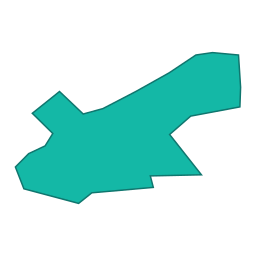 the district of Namangan city, Namangan, Uzbekistan
{"feature_id": "79887680B13123627114568", "entity_name": "Namangan city", "entity_type": "district", "adm_level": 2, "iso_a3": "UZB", "parent_name": "Uzbekistan", "parent_adm1": "Namangan", "projection": "robinson", "projection_center": [71.661, 41.009], "detail": "fine", "context": "isolated", "style": "filled", "palette": "teal", "viewbox_px": 256, "rotation_deg": 0, "n_neighbors": 0, "source": "geoboundaries", "source_scale": "gbopen_adm2", "svg_char_len": 403}
<svg xmlns="http://www.w3.org/2000/svg" viewBox="0 0 256 256"><path d="M239.9,106.9L240.6,87.3L238.5,55.0L212.5,52.6L195.9,55.0L169.2,72.8L136.0,91.4L102.9,108.6L83.2,114.0L59.5,91.5L32.3,113.3L52.8,133.5L45.1,145.9L28.7,153.6L15.4,167.0L23.9,188.8L78.6,203.4L91.8,192.8L153.3,187.4L150.3,175.9L201.4,174.8L169.6,134.5L190.7,116.1L239.9,106.9Z" fill="#14b8a6" stroke="#0f766e" stroke-width="1.5"/></svg>